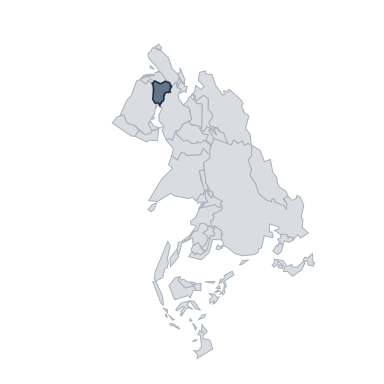 Iraq highlighted on a map of Asia, rotated 56°
{"feature_id": "IRQ", "entity_name": "Iraq", "entity_type": "country or territory", "adm_level": 0, "iso_a3": "IRQ", "parent_name": "Asia", "parent_adm1": "", "projection": "robinson", "projection_center": [44.579, 33.218], "detail": "fine", "context": "in_parent", "style": "filled", "palette": "slate", "viewbox_px": 384, "rotation_deg": 56, "n_neighbors": 45, "source": "natural_earth", "source_scale": "50m", "svg_char_len": 15037}
<svg xmlns="http://www.w3.org/2000/svg" viewBox="0 0 384 384"><g transform="rotate(56 192 192)"><path d="M186.1,116.5L183.1,118.6L182.6,122.6L178.0,121.7L177.4,126.7L172.2,128.4L175.0,133.2L174.0,135.6L159.9,132.9L158.5,135.1L153.2,134.6L148.1,140.3L143.5,138.9L141.6,133.7L138.7,131.7L132.2,132.3L123.9,126.5L118.3,128.2L118.9,138.5L114.5,135.6L110.9,137.1L110.8,134.3L105.7,129.2L111.8,127.4L111.6,123.0L102.9,124.3L97.0,118.8L99.3,113.1L101.6,114.7L106.1,109.8L116.9,112.7L129.0,112.2L129.4,110.9L125.7,109.0L129.2,106.3L127.4,104.4L128.3,103.5L143.8,99.8L147.6,100.4L148.8,103.2L153.7,103.4L153.8,104.9L160.6,102.2L169.3,112.0L176.3,111.5L186.1,116.5Z" fill="#d9dde1" stroke="#a8b0b8" stroke-width="1"/><path d="M118.9,138.5L118.3,128.2L123.9,126.5L132.2,132.3L138.7,131.7L141.6,133.7L143.5,138.9L147.2,140.3L152.9,135.8L151.9,137.9L158.1,139.7L155.4,141.7L152.7,141.5L152.6,139.4L149.6,140.1L148.2,143.4L146.2,143.3L148.2,147.3L147.1,150.2L124.7,134.4L121.5,138.4L118.9,138.5Z" fill="#d9dde1" stroke="#a8b0b8" stroke-width="1"/><path d="M333.6,262.6L332.9,281.0L330.8,278.7L324.5,279.0L327.3,275.9L325.7,270.5L315.2,265.2L313.5,266.9L311.1,263.2L315.4,261.5L311.8,261.5L307.6,257.9L316.2,257.4L317.2,263.1L319.7,264.8L324.8,260.0L333.6,262.6ZM293.0,280.4L291.5,283.9L289.0,284.2L290.4,281.5L293.0,280.4ZM316.2,274.7L316.1,272.6L317.2,270.6L317.6,272.8L316.2,274.7ZM275.8,243.5L274.4,246.1L278.8,252.7L275.8,253.0L271.5,266.6L256.8,263.5L253.7,254.1L255.4,249.6L257.6,253.0L265.8,251.8L267.8,251.2L270.8,243.0L275.8,243.5ZM300.9,264.8L307.3,264.0L308.2,266.1L300.9,264.8ZM298.3,266.0L296.6,265.4L296.1,264.2L298.6,264.1L298.3,266.0ZM301.0,249.1L303.0,252.0L301.5,257.8L299.8,252.4L301.0,249.1ZM283.5,251.5L294.3,251.2L290.5,254.6L281.8,254.6L281.4,256.7L283.6,259.2L289.6,257.0L285.0,260.6L288.9,270.3L286.6,270.2L287.9,267.9L284.8,268.2L283.6,262.7L281.9,263.5L282.1,270.9L280.5,271.3L278.1,263.2L280.9,254.8L283.5,251.5ZM282.4,283.4L277.9,282.3L280.3,281.7L282.4,283.4ZM280.4,280.1L285.6,279.2L287.9,278.1L287.5,279.7L280.4,280.1ZM275.5,278.1L278.4,279.9L272.5,280.8L275.5,278.1ZM246.2,271.9L262.4,274.9L270.0,278.9L267.1,280.0L244.4,274.6L246.2,271.9ZM239.9,257.2L246.5,263.9L245.6,271.8L242.8,271.8L237.6,267.2L219.4,239.7L224.9,240.4L232.9,249.3L237.5,251.3L240.9,254.9L239.9,257.2Z" fill="#d9dde1" stroke="#a8b0b8" stroke-width="1"/><path d="M293.2,281.8L295.5,279.1L298.9,279.0L293.2,281.8Z" fill="#d9dde1" stroke="#a8b0b8" stroke-width="1"/><path d="M72.1,161.1L70.0,165.1L69.7,171.8L68.2,166.9L70.4,161.7L72.1,161.1Z" fill="#d9dde1" stroke="#a8b0b8" stroke-width="1"/><path d="M74.1,158.5L70.5,161.6L73.7,157.4L74.1,158.5Z" fill="#d9dde1" stroke="#a8b0b8" stroke-width="1"/><path d="M71.4,163.6L69.8,166.5L70.5,163.2L71.4,163.6Z" fill="#d9dde1" stroke="#a8b0b8" stroke-width="1"/><path d="M71.4,163.6L79.2,160.8L80.1,164.3L74.8,166.1L77.1,168.9L72.4,172.6L69.7,171.8L71.4,163.6Z" fill="#d9dde1" stroke="#a8b0b8" stroke-width="1"/><path d="M109.9,186.6L115.8,187.0L121.2,182.5L118.3,191.6L111.0,190.2L109.9,186.6Z" fill="#d9dde1" stroke="#a8b0b8" stroke-width="1"/><path d="M108.0,185.2L107.8,183.2L109.1,181.4L110.0,183.9L108.0,185.2Z" fill="#d9dde1" stroke="#a8b0b8" stroke-width="1"/><path d="M99.4,170.2L102.1,174.5L97.7,172.9L99.4,170.2Z" fill="#d9dde1" stroke="#a8b0b8" stroke-width="1"/><path d="M118.8,191.0L121.6,184.7L130.1,192.1L125.4,198.0L125.1,201.6L113.9,208.1L111.1,201.5L118.4,198.7L120.0,193.0L118.8,191.0ZM121.7,180.8L120.7,181.5L121.4,180.6L121.7,180.8Z" fill="#d9dde1" stroke="#a8b0b8" stroke-width="1"/><path d="M236.8,220.8L237.5,215.0L245.1,216.0L246.1,214.0L249.1,216.9L248.9,220.3L244.9,222.5L246.1,224.2L239.3,225.2L236.8,220.8Z" fill="#d9dde1" stroke="#a8b0b8" stroke-width="1"/><path d="M243.0,214.9L237.5,215.0L236.8,220.8L230.4,217.3L228.8,229.1L236.4,237.6L234.0,239.1L226.3,231.6L229.4,221.6L225.5,212.5L227.0,209.5L222.8,203.1L224.7,199.5L229.1,197.5L232.2,200.2L232.0,205.7L237.1,203.4L241.1,205.9L243.7,211.2L243.0,214.9Z" fill="#d9dde1" stroke="#a8b0b8" stroke-width="1"/><path d="M248.4,215.1L243.0,214.9L243.7,211.2L239.0,203.6L232.0,205.7L232.2,200.2L229.1,197.5L233.0,195.3L232.3,192.1L236.5,196.5L239.6,196.5L240.7,199.0L238.6,200.7L247.8,210.2L248.4,215.1Z" fill="#d9dde1" stroke="#a8b0b8" stroke-width="1"/><path d="M229.1,197.5L224.7,199.5L222.8,203.1L227.0,209.5L225.5,212.5L229.4,221.6L227.1,227.1L226.6,218.1L222.6,207.3L218.4,210.8L215.4,209.9L215.3,203.7L209.7,194.5L215.2,180.1L219.9,178.6L220.0,175.3L223.5,177.4L222.1,187.6L224.6,187.2L227.0,190.3L226.5,192.7L231.2,193.4L229.1,197.5Z" fill="#d9dde1" stroke="#a8b0b8" stroke-width="1"/><path d="M241.4,225.6L246.1,224.2L244.9,222.5L248.9,220.3L248.6,212.2L238.6,200.7L240.7,199.0L239.6,196.5L236.5,196.5L233.6,191.7L241.0,189.2L248.2,194.3L243.0,201.3L251.9,212.0L253.3,222.2L243.7,230.9L241.4,225.6Z" fill="#d9dde1" stroke="#a8b0b8" stroke-width="1"/><path d="M288.4,135.4L287.9,139.7L284.1,142.8L286.9,146.7L279.0,147.5L279.5,143.9L276.4,142.3L277.7,140.5L280.5,137.1L283.9,138.0L283.0,136.6L286.3,133.8L288.4,135.4Z" fill="#d9dde1" stroke="#a8b0b8" stroke-width="1"/><path d="M282.7,148.5L287.0,146.0L291.2,151.2L291.9,156.0L286.2,158.0L283.4,151.4L285.0,150.9L282.7,148.5Z" fill="#d9dde1" stroke="#a8b0b8" stroke-width="1"/><path d="M186.9,116.3L195.6,112.2L207.3,115.1L208.8,108.8L220.9,114.1L227.7,113.6L232.1,116.3L237.0,116.7L243.9,113.7L249.3,114.7L249.5,120.6L254.2,119.7L259.1,122.5L247.3,128.7L243.5,127.9L242.8,129.7L244.5,131.7L242.1,134.1L230.7,137.7L220.5,134.7L210.3,134.5L207.0,130.3L196.5,127.4L195.5,122.9L186.9,116.3Z" fill="#d9dde1" stroke="#a8b0b8" stroke-width="1"/><path d="M220.0,175.3L219.9,178.6L215.2,180.1L210.5,192.9L208.8,188.4L207.9,190.2L206.4,188.7L209.1,184.6L203.0,183.8L199.4,180.4L198.7,182.3L200.6,183.8L198.7,185.9L200.3,186.7L201.3,193.9L196.6,194.4L195.7,198.2L185.7,208.4L181.2,210.3L180.6,225.9L175.0,232.7L164.4,210.0L161.5,194.8L156.3,196.2L150.4,188.2L157.3,186.3L153.2,179.0L155.7,176.1L158.5,176.3L165.9,163.9L161.8,158.2L169.0,157.2L171.0,154.8L173.9,158.1L174.4,166.1L180.4,169.9L178.3,173.8L186.4,177.8L198.2,180.5L199.3,175.8L199.9,178.6L202.2,179.7L207.7,179.3L206.6,176.7L216.7,171.9L217.3,174.9L220.0,175.3Z" fill="#d9dde1" stroke="#a8b0b8" stroke-width="1"/><path d="M208.8,188.4L210.0,196.8L207.2,190.8L205.0,190.7L204.6,193.5L201.5,192.8L198.7,185.9L200.6,183.8L198.7,182.3L199.4,180.4L203.0,183.8L209.1,184.6L206.4,188.7L207.9,190.2L208.8,188.4Z" fill="#d9dde1" stroke="#a8b0b8" stroke-width="1"/><path d="M206.6,176.7L207.7,179.3L199.9,178.6L202.4,175.2L206.6,176.7Z" fill="#d9dde1" stroke="#a8b0b8" stroke-width="1"/><path d="M197.9,176.4L198.2,180.5L196.2,180.6L178.3,173.8L181.4,169.2L192.3,175.5L197.9,176.4Z" fill="#d9dde1" stroke="#a8b0b8" stroke-width="1"/><path d="M171.0,154.8L169.0,157.2L161.8,158.2L165.9,163.9L158.5,176.3L155.7,176.1L153.2,179.0L157.3,186.3L150.4,188.2L145.8,183.3L134.0,184.3L134.8,181.0L138.2,179.5L132.0,170.9L136.1,172.3L145.1,170.7L146.3,166.7L151.8,165.0L156.7,152.0L164.2,150.2L167.0,153.7L171.0,154.8Z" fill="#d9dde1" stroke="#a8b0b8" stroke-width="1"/><path d="M139.9,150.3L150.3,150.2L153.7,146.4L156.6,151.3L159.7,149.2L164.2,150.2L155.4,153.2L156.5,155.8L155.1,159.1L152.8,159.0L153.9,160.9L151.8,165.0L146.3,166.7L145.1,170.7L136.1,172.3L132.0,170.9L134.0,168.3L130.7,161.9L131.9,154.4L136.1,155.1L139.9,150.3Z" fill="#d9dde1" stroke="#a8b0b8" stroke-width="1"/><path d="M147.1,150.2L148.2,147.3L146.2,143.3L152.6,139.4L153.7,141.4L150.3,143.5L160.1,143.7L163.7,149.4L156.6,151.3L153.7,146.4L150.3,150.2L147.1,150.2Z" fill="#d9dde1" stroke="#a8b0b8" stroke-width="1"/><path d="M152.9,135.8L158.5,135.1L159.9,132.9L174.0,135.6L160.1,143.7L150.3,143.5L150.4,141.8L158.1,139.7L151.9,137.9L152.9,135.8Z" fill="#d9dde1" stroke="#a8b0b8" stroke-width="1"/><path d="M110.9,137.1L114.5,135.6L117.7,138.6L121.5,138.4L124.7,134.4L143.9,147.8L144.0,149.6L142.1,148.7L134.4,155.5L131.9,154.4L131.6,152.0L122.5,147.7L114.7,150.0L114.4,145.1L111.6,142.0L112.0,139.7L116.1,139.5L113.7,136.2L111.7,139.0L110.9,137.1Z" fill="#d9dde1" stroke="#a8b0b8" stroke-width="1"/><path d="M102.4,170.6L99.4,163.4L94.9,159.1L96.4,154.3L92.1,147.9L91.8,143.7L96.5,145.7L100.9,143.3L103.6,148.9L107.5,150.9L114.5,150.7L120.8,147.4L131.6,152.0L130.7,161.9L134.0,168.3L132.0,170.9L138.2,179.5L134.8,181.0L134.0,184.3L124.0,182.4L122.8,179.0L114.4,179.4L109.6,176.4L106.1,170.0L102.4,170.6Z" fill="#d9dde1" stroke="#a8b0b8" stroke-width="1"/><path d="M71.8,162.7L74.1,158.5L72.5,155.1L74.6,151.1L87.7,149.9L85.2,152.4L84.4,157.9L74.5,163.8L71.8,162.7Z" fill="#d9dde1" stroke="#a8b0b8" stroke-width="1"/><path d="M97.3,145.6L90.8,141.4L90.6,139.1L95.1,139.9L97.3,145.6Z" fill="#d9dde1" stroke="#a8b0b8" stroke-width="1"/><path d="M93.3,150.1L74.6,151.1L73.1,153.9L73.2,151.6L69.8,151.2L58.0,153.0L53.3,151.6L50.4,143.6L57.8,138.7L67.7,136.5L78.6,139.5L88.4,137.7L93.4,142.9L91.8,143.7L93.3,150.1ZM50.8,137.0L55.1,136.5L57.2,138.5L51.0,141.7L50.8,137.0Z" fill="#d9dde1" stroke="#a8b0b8" stroke-width="1"/><path d="M185.6,233.9L185.3,236.9L182.1,238.3L180.3,232.0L181.3,227.4L185.6,233.9Z" fill="#d9dde1" stroke="#a8b0b8" stroke-width="1"/><path d="M252.6,203.8L250.2,200.4L255.3,198.4L254.6,202.4L252.6,203.8ZM160.1,143.7L175.0,133.2L172.2,128.4L177.4,126.7L178.0,121.7L182.6,122.6L183.1,118.6L186.9,116.3L195.5,122.9L196.5,127.4L207.0,130.3L210.3,134.5L220.5,134.7L230.7,137.7L239.7,135.1L244.5,131.7L242.8,129.7L243.5,127.9L247.3,128.7L254.3,123.5L259.2,123.5L254.2,119.7L248.5,119.5L249.3,114.7L254.7,114.0L255.6,109.0L253.4,106.9L256.9,105.1L265.6,106.8L273.3,115.0L277.5,115.9L283.0,120.4L291.0,118.5L290.9,127.8L286.5,128.2L288.4,135.4L286.3,133.8L283.0,136.6L283.9,138.0L280.5,137.1L276.4,142.3L269.9,145.2L271.1,141.0L269.4,139.5L261.8,145.7L268.1,150.1L270.2,148.1L274.1,149.3L274.9,150.8L268.6,156.5L277.2,165.6L276.4,168.5L278.9,170.8L278.7,175.4L273.1,185.8L267.0,190.8L254.9,194.7L254.4,197.7L253.1,197.9L252.7,194.7L245.7,193.5L244.6,190.8L241.0,189.2L232.3,192.1L233.0,195.3L226.5,192.7L227.0,190.3L224.6,187.2L222.1,187.6L223.5,177.4L221.4,175.1L217.3,174.9L216.7,171.9L208.5,176.3L202.4,175.2L199.8,178.0L199.3,175.8L192.3,175.5L174.4,166.1L173.9,158.1L167.0,153.7L160.1,143.7Z" fill="#d9dde1" stroke="#a8b0b8" stroke-width="1"/><path d="M279.7,183.7L279.9,190.8L279.1,193.1L277.0,188.6L279.7,183.7Z" fill="#d9dde1" stroke="#a8b0b8" stroke-width="1"/><path d="M97.0,136.9L100.3,138.9L102.0,137.1L106.2,141.4L104.4,141.6L102.9,146.9L100.9,143.3L97.3,145.6L95.3,142.4L93.8,138.6L97.3,139.2L97.0,136.9ZM96.5,145.7L94.9,145.3L93.4,142.9L95.6,143.6L96.5,145.7Z" fill="#d9dde1" stroke="#a8b0b8" stroke-width="1"/><path d="M82.4,132.5L94.9,135.1L97.6,138.8L86.0,137.8L85.8,134.7L82.4,132.5Z" fill="#d9dde1" stroke="#a8b0b8" stroke-width="1"/><path d="M283.1,220.7L280.6,217.1L283.6,218.3L283.1,220.7ZM288.0,229.7L287.6,224.4L288.7,226.2L290.3,223.5L288.0,229.7ZM293.9,227.6L297.1,234.9L296.4,237.5L295.3,234.6L294.2,236.0L294.4,239.4L291.4,237.8L289.7,233.1L285.6,234.9L289.3,230.6L294.2,229.8L293.9,227.6ZM279.6,225.4L273.6,231.6L279.0,223.1L279.6,225.4ZM284.2,203.7L283.9,214.7L289.5,216.2L290.1,219.8L287.0,216.9L281.2,216.0L282.0,214.1L279.1,211.7L280.2,202.9L284.2,203.7ZM285.3,225.7L284.7,221.6L287.9,222.5L285.3,225.7ZM293.7,220.8L294.6,224.0L292.6,223.2L292.4,226.6L290.5,219.7L293.7,220.8Z" fill="#d9dde1" stroke="#a8b0b8" stroke-width="1"/><path d="M231.2,236.9L238.5,239.6L241.9,251.6L234.7,247.4L231.2,236.9ZM275.8,243.5L270.8,243.0L267.8,251.2L257.6,253.0L255.9,251.4L255.4,249.6L259.2,250.0L259.6,247.6L263.7,246.5L266.6,242.4L269.5,243.0L272.7,235.6L279.0,239.9L275.8,243.5Z" fill="#d9dde1" stroke="#a8b0b8" stroke-width="1"/><path d="M269.7,239.8L269.5,243.0L267.8,243.9L266.6,242.4L269.7,239.8Z" fill="#d9dde1" stroke="#a8b0b8" stroke-width="1"/><path d="M317.8,144.4L318.1,155.8L311.4,157.3L308.9,160.6L306.4,157.4L297.2,159.4L300.2,161.5L299.9,166.3L297.2,166.4L297.1,163.8L293.9,161.0L299.8,155.0L306.9,154.7L307.7,149.7L309.7,151.1L313.1,147.2L311.9,138.8L314.1,138.3L317.8,144.4ZM318.2,131.1L319.2,129.9L321.2,133.0L317.4,136.6L313.0,134.6L313.1,137.7L310.6,137.7L309.1,135.0L311.6,132.7L310.2,126.6L318.2,131.1ZM300.8,160.6L303.8,158.0L306.2,159.6L302.9,162.7L300.8,160.6Z" fill="#d9dde1" stroke="#a8b0b8" stroke-width="1"/><path d="M111.1,201.5L113.9,208.1L111.6,211.1L90.2,219.5L88.0,212.2L89.9,205.5L98.8,207.3L104.0,202.6L111.1,201.5Z" fill="#d9dde1" stroke="#a8b0b8" stroke-width="1"/><path d="M69.8,172.2L75.9,170.4L77.1,168.9L74.8,166.1L80.1,164.3L93.2,172.7L99.8,173.2L106.4,179.7L111.0,190.2L118.8,191.0L120.0,193.0L118.4,198.7L104.0,202.6L98.8,207.3L89.9,205.5L88.4,209.0L79.6,195.0L78.0,188.2L68.9,175.9L69.8,172.2Z" fill="#d9dde1" stroke="#a8b0b8" stroke-width="1"/><path d="M69.4,154.3L65.5,157.4L63.9,155.9L69.4,154.3Z" fill="#d9dde1" stroke="#a8b0b8" stroke-width="1"/><path d="M87.7,150.3L87.9,150.2L88.3,149.9L88.6,149.6L88.9,149.6L89.0,149.7L89.4,149.6L89.6,149.6L89.8,149.7L90.4,149.9L90.5,149.9L90.8,149.9L91.1,150.0L91.4,149.8L91.6,149.7L91.8,149.7L91.9,149.8L92.0,149.9L92.0,150.0L92.0,150.4L92.0,150.6L92.3,150.6L92.5,150.4L92.8,150.1L93.1,150.1L93.3,150.2L93.4,150.4L93.6,151.2L93.7,151.3L93.8,151.3L93.9,151.6L93.9,151.9L94.0,152.1L94.1,152.3L94.3,152.3L94.7,153.3L94.8,153.4L95.0,153.4L95.2,153.5L95.4,153.6L95.6,153.9L96.1,153.9L96.6,153.9L96.9,154.0L96.6,154.2L96.3,154.3L96.2,154.5L96.1,154.8L96.2,155.0L96.5,155.3L96.5,155.6L96.5,155.9L96.3,156.0L96.0,156.1L95.5,156.8L95.4,156.9L95.4,157.3L95.2,157.4L95.0,157.5L94.9,157.9L95.1,158.3L95.1,158.6L94.9,158.9L94.8,159.1L95.0,159.3L95.5,159.9L95.6,160.2L95.8,160.1L96.0,160.2L96.0,160.3L95.9,160.5L96.2,160.6L96.3,160.7L96.6,161.2L96.6,161.4L96.4,161.6L96.4,161.8L96.5,162.0L97.0,162.0L97.6,162.4L98.1,162.8L98.6,163.1L98.9,163.4L99.3,163.4L99.5,163.5L99.6,163.8L99.9,164.3L100.0,164.5L100.3,164.9L100.6,165.3L100.4,165.8L100.3,166.4L100.3,167.1L100.3,167.5L100.7,167.6L101.1,167.6L101.1,168.0L101.1,168.5L101.1,169.1L101.4,169.2L101.5,169.4L101.6,169.5L101.9,169.6L102.0,169.7L102.0,169.8L102.0,170.1L102.1,170.3L102.4,170.5L102.2,170.5L101.9,170.5L101.4,170.3L101.3,170.2L101.0,170.3L100.5,170.2L100.3,170.1L100.2,170.1L99.9,170.1L99.5,170.1L99.2,170.3L99.0,170.5L98.9,170.5L98.8,170.9L98.6,171.3L98.5,171.7L98.1,172.2L98.0,172.5L97.6,172.9L97.1,173.0L96.2,172.9L95.1,172.8L94.0,172.7L93.2,172.7L92.4,172.0L91.7,171.4L90.9,170.8L90.1,170.1L89.3,169.5L88.8,169.0L88.0,168.3L87.4,167.8L86.9,167.3L86.2,166.9L85.7,166.6L85.0,166.2L84.4,165.8L83.9,165.5L83.1,165.0L82.8,164.9L82.0,164.7L81.3,164.6L80.5,164.5L79.9,164.4L80.3,164.0L80.2,163.7L79.9,163.8L79.7,163.9L79.6,163.4L79.8,163.3L79.6,162.7L79.4,162.1L79.3,161.5L79.1,160.8L79.8,160.4L80.3,160.1L81.0,159.7L81.7,159.3L82.3,158.9L83.1,158.5L83.7,158.1L84.3,158.0L84.4,157.8L84.7,157.3L84.9,156.9L84.9,156.2L85.0,155.4L85.0,155.0L85.2,154.7L85.3,154.4L85.3,154.2L85.3,153.9L85.2,153.6L85.1,153.2L85.1,152.8L85.1,152.6L85.2,152.3L85.3,152.1L85.5,152.0L86.0,151.8L86.3,151.7L86.8,151.3L87.0,151.1L87.4,150.7L87.7,150.4L87.7,150.3Z" fill="#64748b" stroke="#1e293b" stroke-width="1.5"/></g></svg>